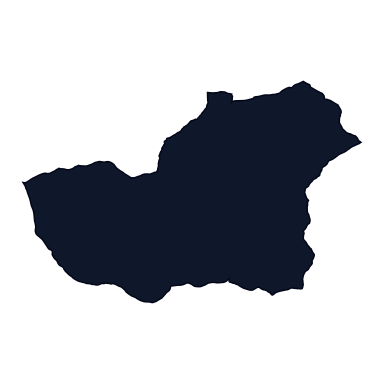 the district of Azuga, Prahova, Romania
{"feature_id": "2599482B34904823989657", "entity_name": "Azuga", "entity_type": "district", "adm_level": 2, "iso_a3": "ROU", "parent_name": "Romania", "parent_adm1": "Prahova", "projection": "equal_earth", "projection_center": [25.628, 45.455], "detail": "fine", "context": "isolated", "style": "filled", "palette": "ink", "viewbox_px": 384, "rotation_deg": 0, "n_neighbors": 0, "source": "geoboundaries", "source_scale": "gbopen_adm2", "svg_char_len": 5967}
<svg xmlns="http://www.w3.org/2000/svg" viewBox="0 0 384 384"><path d="M361.0,142.3L358.5,140.5L358.1,139.7L357.7,138.7L356.9,137.5L355.3,135.9L352.9,135.2L349.9,133.7L348.9,133.8L348.1,133.2L347.1,133.0L346.6,132.7L342.5,128.8L342.2,128.0L340.9,125.4L340.2,124.6L339.8,123.4L339.2,122.6L339.4,121.6L339.3,120.6L339.6,117.1L340.3,116.2L340.4,114.0L341.1,112.8L341.1,111.9L340.9,110.3L340.6,109.7L339.1,107.2L338.0,105.1L331.7,101.4L330.6,100.6L327.0,99.4L324.4,99.1L324.3,97.0L323.9,95.5L322.3,93.5L317.3,91.1L312.4,88.2L310.8,87.5L309.6,84.7L307.2,83.7L304.2,82.0L303.3,81.4L298.6,83.7L295.9,84.5L294.2,85.4L291.7,87.8L289.2,87.4L286.8,88.2L283.1,90.2L281.9,91.0L279.5,93.2L274.8,94.4L272.7,94.5L270.1,95.0L265.0,95.0L262.5,95.5L260.2,96.1L257.8,96.6L255.5,96.8L254.0,97.3L253.2,98.5L246.2,100.3L243.3,100.6L235.6,100.8L234.0,101.0L231.5,102.1L232.1,100.3L232.3,97.2L232.5,96.5L232.3,95.9L231.5,94.9L231.3,94.6L231.3,94.3L231.5,94.1L230.1,93.7L227.9,93.5L224.7,92.0L221.7,91.8L220.4,91.7L218.8,92.3L216.8,92.7L213.3,92.9L212.6,93.0L207.5,92.5L207.6,97.8L207.7,98.6L207.7,100.6L207.8,101.2L208.1,101.7L208.0,103.1L207.2,104.6L206.8,106.0L206.6,107.4L205.6,108.8L204.9,109.3L204.8,109.7L204.3,110.2L203.6,111.6L202.9,112.0L201.8,113.4L201.1,114.7L200.0,115.7L198.9,117.1L198.3,117.6L197.4,119.2L196.7,119.3L195.3,119.3L193.8,120.1L190.9,121.0L190.1,121.9L189.7,122.3L187.7,124.7L184.5,126.8L183.9,127.0L183.2,128.1L181.8,129.3L181.4,130.4L180.3,131.4L178.8,132.3L177.3,132.9L176.4,133.7L175.3,134.5L174.1,135.0L172.3,136.2L169.7,137.7L167.2,138.3L166.8,138.5L166.6,139.6L166.2,140.1L165.2,141.0L164.5,141.2L164.4,141.6L164.5,142.9L164.7,144.0L164.5,144.3L163.8,144.9L163.6,145.7L162.7,146.8L162.3,147.7L162.0,148.1L161.8,148.5L162.0,149.2L162.0,149.6L160.3,152.6L159.9,154.0L159.4,155.0L159.1,155.7L159.2,156.3L159.9,158.0L159.9,158.4L159.6,159.2L159.1,160.1L158.8,161.4L158.4,163.3L158.5,165.7L158.2,167.0L158.0,168.0L157.6,169.6L157.4,171.1L156.9,171.3L157.0,171.9L156.2,172.3L154.7,172.3L152.4,173.3L149.9,174.2L147.8,174.0L145.0,174.0L142.6,174.6L140.4,175.8L137.6,176.6L135.4,177.5L133.1,177.9L130.7,177.6L128.4,176.1L124.4,173.7L122.9,172.3L120.5,171.0L118.5,169.6L116.3,167.8L113.9,164.5L111.4,162.7L108.9,161.7L106.4,161.7L104.3,162.2L99.3,161.5L94.9,162.6L91.9,164.2L87.2,165.9L85.5,166.1L80.2,165.8L78.5,165.4L76.4,166.5L75.4,166.6L74.3,167.4L73.4,168.2L71.8,168.9L70.1,169.5L68.2,169.8L66.7,169.7L65.0,169.2L63.1,168.9L61.7,168.9L60.1,168.7L58.9,168.3L57.4,169.3L56.5,169.6L55.2,170.7L49.5,173.5L47.5,173.6L44.7,173.2L41.9,174.0L39.1,175.1L32.1,178.6L27.5,181.7L25.3,182.8L23.0,182.5L24.8,185.3L25.3,186.3L26.0,188.7L26.7,189.8L27.0,190.7L27.3,191.9L29.8,198.8L30.5,201.6L31.3,205.4L33.0,209.6L33.5,211.3L34.0,214.2L34.6,221.0L35.3,223.6L35.7,226.2L35.7,227.8L35.3,230.7L35.5,232.0L36.0,233.5L36.6,234.4L37.4,235.3L41.5,238.6L43.3,240.7L48.6,248.8L49.6,249.4L51.1,250.0L52.2,251.1L52.4,251.7L52.3,253.6L52.2,254.1L52.4,255.0L53.0,256.2L54.5,258.5L56.5,260.4L57.1,261.1L58.1,263.5L59.0,264.7L59.7,265.4L62.7,267.0L63.4,267.8L64.1,269.4L65.3,271.1L69.2,274.9L71.7,276.6L73.4,278.3L74.5,279.0L77.5,280.7L79.9,281.6L80.9,281.7L81.9,282.1L84.7,282.7L86.1,283.3L86.9,283.5L89.4,283.6L92.7,284.5L94.1,284.4L96.0,285.0L97.4,285.0L98.8,284.7L101.5,283.6L102.4,283.4L103.9,283.6L105.3,283.1L105.9,283.1L107.1,283.3L109.2,283.4L110.7,283.9L111.3,283.9L112.6,283.6L113.4,283.6L116.3,284.7L118.8,286.1L120.9,286.8L122.6,287.9L123.0,288.4L124.7,289.9L126.4,292.2L128.8,294.0L131.5,295.8L135.7,297.6L137.7,299.0L139.3,299.8L140.0,300.3L142.3,301.1L143.9,301.6L145.5,301.8L149.2,301.9L152.3,302.6L153.3,302.4L155.9,301.5L160.4,298.8L161.4,298.3L162.0,297.8L166.7,292.4L168.9,290.8L170.0,289.2L170.6,286.4L171.4,286.0L177.7,285.2L181.0,285.1L183.5,284.5L185.5,283.6L186.6,283.0L187.5,282.9L189.1,283.2L191.5,284.2L194.0,286.0L195.6,286.5L196.6,286.5L197.9,286.7L200.6,286.6L204.9,285.0L208.1,283.1L212.0,282.4L214.3,282.4L216.8,282.8L218.0,282.8L223.2,282.4L224.8,282.0L226.5,281.1L227.3,280.1L227.8,279.7L229.1,279.0L229.0,279.8L229.1,281.2L229.2,281.6L229.6,282.0L231.3,282.5L232.8,283.1L234.6,283.4L236.3,284.3L238.0,284.7L239.6,286.0L241.2,286.9L243.4,288.1L244.5,288.5L249.5,290.0L251.7,290.2L252.5,290.0L253.4,289.7L255.4,288.5L256.1,288.0L257.6,287.3L258.0,287.2L259.1,287.3L260.0,287.8L261.6,289.0L263.6,289.8L264.7,289.9L267.3,290.9L267.8,291.6L270.3,293.0L270.9,293.9L271.9,294.9L272.6,295.0L273.9,294.2L274.9,293.2L275.5,292.7L277.5,291.9L279.0,291.4L281.6,290.8L286.8,289.7L287.6,289.7L291.6,287.8L292.7,288.1L297.4,288.6L301.3,288.8L302.0,288.6L302.3,288.2L302.7,287.1L303.2,284.3L302.9,282.8L302.9,281.1L302.7,280.6L302.6,279.0L303.2,276.0L303.9,274.0L304.7,272.7L304.9,271.9L306.5,270.6L307.7,269.9L308.3,269.2L309.0,268.1L309.1,267.6L309.4,267.1L311.0,265.2L312.1,263.7L312.2,262.5L312.0,261.3L312.1,260.7L313.8,257.3L314.3,254.6L312.5,252.0L311.0,248.7L309.8,247.9L308.9,246.5L307.4,245.0L307.1,244.2L306.2,242.6L305.0,241.1L304.1,240.3L303.5,239.0L303.3,238.5L303.3,237.4L303.5,235.4L304.0,233.5L303.8,232.3L303.4,231.4L303.5,231.0L303.8,230.4L304.9,229.2L306.2,227.4L307.2,225.1L307.9,224.3L309.3,223.3L309.8,222.0L310.0,220.8L310.0,219.4L309.0,216.3L308.8,214.8L307.6,212.9L307.3,212.7L307.5,212.1L307.2,211.0L307.3,210.3L307.1,206.6L307.6,205.4L307.5,204.0L307.5,202.6L308.5,200.3L307.3,199.1L306.5,197.9L305.1,194.0L305.0,193.5L304.6,192.3L304.7,191.8L305.0,191.0L305.1,189.5L305.7,188.2L305.9,187.9L308.3,186.3L308.6,185.9L309.0,184.8L309.5,184.0L310.7,182.5L312.1,181.3L312.7,180.2L314.1,179.1L315.8,178.3L316.9,177.5L317.2,176.8L317.9,176.4L318.7,176.2L319.1,175.8L319.8,175.0L319.7,174.5L319.8,174.0L320.2,172.9L321.8,170.0L321.9,168.6L322.4,167.5L323.1,167.0L325.2,165.7L326.5,164.6L327.2,163.6L328.5,161.1L329.1,160.6L331.1,159.9L332.6,159.2L335.4,157.3L338.9,154.5L344.2,152.1L345.8,151.2L347.9,149.6L348.1,149.3L349.1,148.9L350.2,147.9L352.3,146.6L357.8,144.1L359.1,143.6L361.0,142.3Z" fill="#0f172a" stroke="#020617" stroke-width="1.5"/></svg>